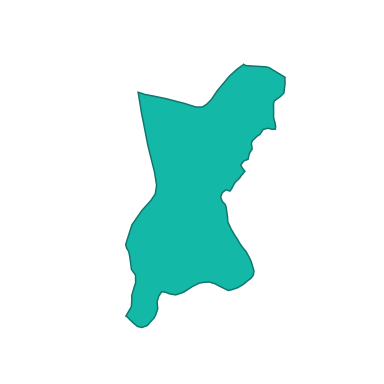 Ash Shati', Mercator projection, rotated 114°
{"feature_id": "LBY-2967", "entity_name": "Ash Shati'", "entity_type": "Municipality", "adm_level": 1, "iso_a3": "LBY", "parent_name": "Libya", "parent_adm1": "", "projection": "mercator", "projection_center": [12.752, 27.893], "detail": "fine", "context": "isolated", "style": "filled", "palette": "teal", "viewbox_px": 384, "rotation_deg": 114, "n_neighbors": 0, "source": "natural_earth", "source_scale": "10m", "svg_char_len": 1788}
<svg xmlns="http://www.w3.org/2000/svg" viewBox="0 0 384 384"><g transform="rotate(114 192 192)"><path d="M54.4,196.7L54.5,196.2L54.6,194.1L47.7,175.7L47.0,172.5L49.4,153.6L51.5,152.9L54.0,151.5L57.7,150.3L62.0,149.0L64.2,148.3L68.6,150.0L75.4,153.9L78.5,153.3L82.6,151.4L86.8,149.5L91.1,147.6L93.7,145.4L94.6,144.6L98.0,142.3L100.7,141.4L102.1,144.5L102.8,148.4L105.8,152.4L111.9,153.4L114.1,155.0L120.4,157.6L123.4,157.6L126.6,155.5L128.3,154.5L132.8,155.2L134.6,155.1L139.4,154.1L142.4,157.2L147.6,158.5L149.2,156.3L150.0,155.1L150.1,154.9L151.6,152.1L157.6,153.8L159.8,154.1L165.6,156.5L169.0,156.9L172.8,157.1L175.7,157.7L176.2,161.9L180.3,164.0L185.0,163.8L188.3,160.4L189.9,156.6L192.7,154.1L195.4,152.5L199.5,149.9L204.7,147.1L209.7,141.5L214.1,135.4L216.8,131.1L219.7,127.2L222.1,123.2L224.3,118.5L228.1,113.6L231.0,110.1L233.6,107.8L238.9,103.3L242.9,102.2L246.8,103.0L249.6,104.6L255.8,107.7L260.8,111.3L264.7,115.5L267.2,118.7L267.1,121.7L266.9,127.0L266.5,133.6L267.2,139.6L269.4,143.9L272.2,148.2L275.0,150.6L278.5,153.4L287.0,158.9L292.6,165.0L294.2,171.0L294.3,175.2L295.4,179.1L300.4,180.0L306.4,179.3L312.6,175.8L318.6,175.2L322.5,175.4L328.7,177.5L332.1,178.5L336.2,182.7L337.0,187.1L335.8,191.5L334.0,196.6L332.3,200.7L332.3,201.9L321.3,200.8L314.3,203.4L311.3,204.9L302.8,206.1L297.8,206.6L290.9,209.8L287.4,215.8L281.5,219.4L276.5,222.5L272.1,225.6L270.1,228.6L267.1,231.2L262.2,231.8L246.4,233.5L229.4,230.3L216.4,226.1L208.8,224.8L200.4,227.0L189.1,234.3L179.8,241.6L167.1,251.5L152.9,261.4L140.3,270.3L129.1,277.6L122.8,281.8L122.0,274.4L120.3,267.5L117.3,253.7L115.5,242.9L114.2,235.4L112.8,223.0L110.1,217.1L106.0,214.3L99.9,212.0L88.8,210.0L79.7,207.4L70.5,204.8L61.3,200.7L54.5,196.7L54.4,196.7Z" fill="#14b8a6" stroke="#0f766e" stroke-width="1.5"/></g></svg>